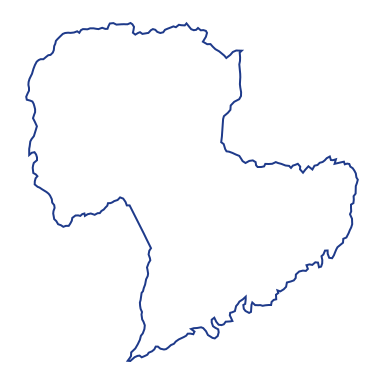 outline of Itapuranga, Goiás, Brazil
{"feature_id": "56859067B45624667029655", "entity_name": "Itapuranga", "entity_type": "district", "adm_level": 2, "iso_a3": "BRA", "parent_name": "Brazil", "parent_adm1": "Goiás", "projection": "robinson", "projection_center": [-49.942, -15.57], "detail": "fine", "context": "isolated", "style": "outline", "palette": "blue", "viewbox_px": 384, "rotation_deg": 0, "n_neighbors": 0, "source": "geoboundaries", "source_scale": "gbopen_adm2", "svg_char_len": 5059}
<svg xmlns="http://www.w3.org/2000/svg" viewBox="0 0 384 384"><path d="M240.3,87.6L239.9,84.2L240.1,80.4L240.3,77.2L240.2,73.8L239.3,64.4L240.0,60.9L240.1,57.3L239.7,52.6L241.7,50.7L238.7,50.6L236.2,50.5L232.8,52.0L230.3,54.9L226.3,58.0L224.3,55.6L219.1,51.3L215.4,49.2L212.7,46.6L210.5,44.1L207.2,44.2L202.9,41.7L205.9,36.8L207.0,32.9L205.9,30.9L203.4,30.1L200.8,30.3L198.0,28.0L196.2,29.8L193.8,30.2L191.2,29.2L189.7,27.4L186.5,23.4L184.8,25.4L181.1,25.2L178.9,24.8L175.9,27.2L173.4,26.4L171.0,27.4L167.6,28.7L165.0,29.8L163.2,32.3L160.3,33.0L157.3,31.9L155.3,29.8L152.9,29.1L150.9,30.2L148.4,32.9L142.4,33.9L140.0,32.2L138.0,33.0L135.3,34.6L132.9,32.7L133.5,30.1L134.0,26.9L132.4,24.3L130.5,23.0L127.5,24.3L123.5,24.2L121.1,24.3L116.4,24.6L113.4,23.1L109.8,23.5L108.4,26.3L107.5,28.8L105.3,28.9L102.2,27.8L98.5,29.1L96.1,28.8L93.4,28.3L90.2,28.3L87.5,29.3L83.0,29.1L81.0,30.1L79.3,32.8L77.2,31.3L74.0,32.5L70.5,32.9L68.1,32.7L65.1,33.0L62.8,33.9L59.8,36.8L57.4,39.2L55.9,40.9L55.3,43.7L54.2,46.1L53.8,50.1L52.8,52.6L50.5,54.9L48.3,55.2L46.5,56.6L43.4,59.2L40.6,59.2L38.6,60.1L36.7,61.7L34.9,65.1L33.4,69.0L32.0,73.8L30.9,76.0L29.5,78.9L28.6,82.0L28.4,84.9L29.0,87.9L29.0,90.7L27.6,93.5L26.2,96.8L26.8,99.7L30.2,100.6L32.4,101.5L33.6,103.7L34.3,106.0L35.1,109.2L35.1,112.2L34.1,114.8L33.0,118.2L34.9,121.9L36.9,126.3L35.7,130.3L33.9,136.1L31.5,139.2L30.3,141.5L29.7,146.2L29.2,148.9L29.2,155.0L31.7,152.8L34.5,152.2L36.1,154.5L37.0,157.4L37.0,160.2L33.8,162.9L33.1,165.3L32.7,167.8L33.3,173.0L35.8,174.4L37.4,176.2L35.6,178.3L34.8,181.3L34.7,184.4L37.6,186.8L39.6,187.6L42.1,189.3L46.5,192.0L48.6,193.7L50.0,195.5L51.8,199.2L52.2,202.6L54.2,205.1L54.6,207.9L53.5,211.0L53.2,213.5L53.6,215.7L54.2,219.1L56.3,221.1L58.1,224.2L60.9,225.2L63.3,226.8L65.8,225.9L68.7,225.9L70.2,223.7L71.8,220.7L72.3,217.9L75.5,215.5L78.2,215.4L80.3,215.9L82.3,214.1L84.4,213.5L84.9,215.9L87.7,214.2L90.8,213.5L94.7,214.8L97.6,213.2L99.8,213.1L101.4,211.0L103.8,209.5L105.4,207.6L107.3,205.7L108.0,203.2L110.5,203.1L112.4,202.3L114.2,201.1L117.6,200.0L120.1,197.4L123.2,198.6L125.5,201.9L126.8,205.4L129.6,205.4L143.8,233.5L146.4,238.9L151.0,248.2L149.3,250.7L148.6,254.4L149.9,258.1L150.3,260.3L148.7,262.9L147.0,267.5L147.5,269.8L148.1,273.6L147.7,276.1L146.1,279.3L145.1,284.6L143.8,288.0L143.0,291.2L141.6,292.9L140.6,300.0L139.9,302.5L140.1,305.8L140.6,308.8L142.0,312.0L141.5,314.5L142.2,319.5L143.4,321.5L144.8,325.3L144.4,329.1L142.8,333.4L140.9,335.8L139.9,339.8L137.8,344.2L135.3,348.5L131.2,352.4L131.0,356.1L129.7,358.1L127.7,360.8L130.3,361.0L134.6,357.2L137.5,355.9L139.6,355.6L141.7,357.3L143.6,356.5L145.6,355.6L147.4,354.7L148.7,352.7L152.0,351.3L154.3,349.4L155.7,346.6L157.9,346.6L160.4,348.7L164.0,349.5L166.1,349.1L168.4,347.4L170.9,345.1L173.9,343.8L175.8,341.5L178.8,339.4L183.9,337.0L186.2,335.7L187.7,333.7L190.2,333.6L193.3,334.2L194.5,331.6L191.1,329.0L193.8,328.2L197.1,328.0L201.1,327.3L203.2,328.1L206.0,331.2L207.9,335.0L210.5,336.6L212.5,337.9L214.8,338.4L217.7,336.0L218.7,332.3L218.2,329.3L215.3,327.8L213.0,326.2L211.7,322.4L211.7,319.7L214.3,317.7L216.3,321.8L218.6,324.7L221.5,325.1L223.8,324.3L225.7,321.7L230.3,321.4L232.4,321.0L230.8,317.4L229.8,315.3L230.2,312.8L232.2,312.3L234.9,311.1L236.1,306.1L238.0,303.9L239.4,301.6L242.9,299.3L245.7,296.7L245.7,299.5L245.2,303.9L243.3,305.0L243.8,308.8L245.5,311.0L249.1,312.9L251.0,311.9L251.3,307.4L251.5,304.8L252.3,302.5L255.1,305.1L258.2,305.2L260.4,305.1L262.6,305.8L265.3,305.3L268.6,305.0L271.1,305.0L271.6,301.9L273.7,299.9L276.2,299.3L276.0,294.7L278.3,293.0L277.5,290.4L280.3,291.4L283.7,289.3L286.1,286.8L286.9,282.5L290.7,281.5L293.8,280.4L295.7,278.0L295.9,274.5L299.2,271.5L302.9,270.6L305.9,270.9L307.9,268.9L306.5,265.2L309.4,264.4L312.3,264.9L315.3,262.3L318.0,262.6L319.0,267.3L321.1,266.6L322.2,263.4L322.3,260.0L321.5,256.2L323.4,254.5L325.0,250.6L327.6,250.5L327.7,253.8L329.2,257.8L332.1,258.2L333.9,255.3L335.0,252.5L336.3,249.4L337.5,247.2L340.2,245.0L343.0,242.7L343.3,238.8L346.4,237.5L348.7,233.0L349.8,230.2L351.2,227.4L352.2,224.2L352.0,218.7L351.0,216.5L350.0,214.2L351.2,211.4L351.0,207.8L351.0,204.6L353.4,203.1L353.8,199.7L353.6,196.2L355.6,193.6L355.8,186.1L356.9,183.1L357.8,179.7L356.4,177.4L355.8,173.4L354.4,170.7L352.7,168.2L350.3,166.6L349.3,164.0L347.2,163.6L344.8,164.3L343.9,161.7L340.7,162.4L338.6,162.9L334.6,163.8L335.9,159.3L332.9,160.2L330.9,160.0L329.8,156.5L326.7,158.2L324.7,160.4L322.6,162.0L319.7,162.8L317.5,165.0L314.5,165.7L312.4,169.5L308.4,166.3L305.3,169.7L303.0,172.7L300.0,169.3L300.2,166.6L297.8,163.8L295.1,164.9L292.9,165.6L291.0,167.9L289.1,165.9L285.5,165.5L281.4,163.9L278.0,163.0L275.8,162.1L272.2,163.8L268.7,164.0L265.3,163.9L264.1,166.4L261.2,167.0L257.6,167.0L256.1,165.3L255.6,162.1L252.8,160.4L249.3,160.9L245.5,163.0L242.6,161.1L241.2,158.8L239.3,155.9L235.8,154.5L232.4,152.9L229.1,151.7L226.5,151.3L225.2,149.1L223.7,144.1L221.2,142.2L221.9,136.5L223.1,119.1L223.9,116.2L227.9,112.8L230.4,109.8L230.7,105.5L234.2,101.8L239.2,99.2L241.0,96.0L241.1,92.2L240.3,87.6Z" fill="none" stroke="#1e3a8a" stroke-width="2"/></svg>